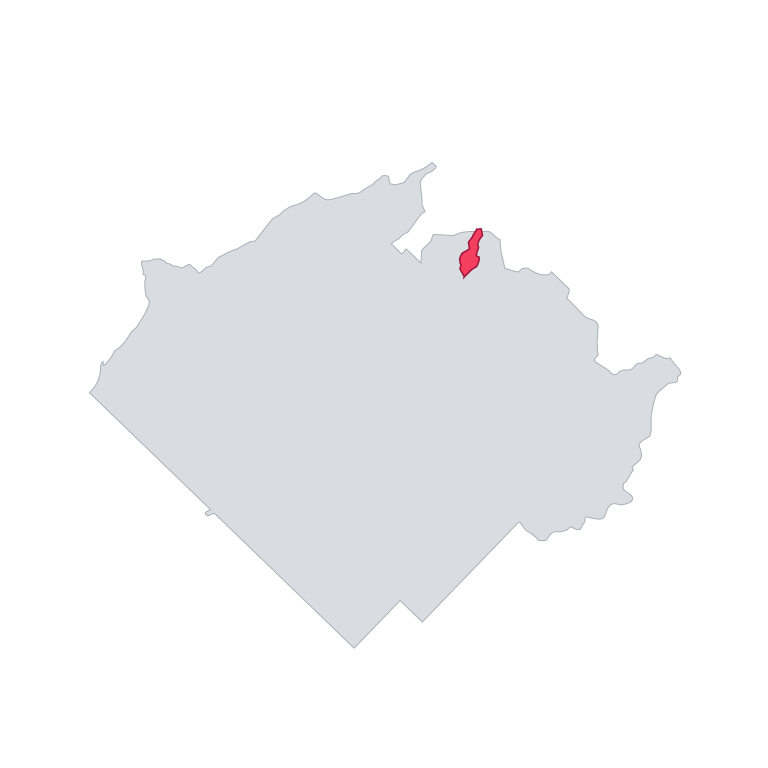 location of Ghadeer, South Kordufan, Sudan, rotated 224°
{"feature_id": "16777658B14153516268915", "entity_name": "Ghadeer", "entity_type": "district", "adm_level": 2, "iso_a3": "SDN", "parent_name": "Sudan", "parent_adm1": "South Kordufan", "projection": "mercator", "projection_center": [31.133, 10.64], "detail": "fine", "context": "in_parent", "style": "filled", "palette": "rose", "viewbox_px": 768, "rotation_deg": 224, "n_neighbors": 0, "source": "geoboundaries", "source_scale": "gbopen_adm2", "svg_char_len": 6041}
<svg xmlns="http://www.w3.org/2000/svg" viewBox="0 0 768 768"><g transform="rotate(224 384 384)"><path d="M503.4,576.8L497.6,576.8L497.0,575.4L497.1,571.6L497.7,568.8L499.8,564.2L499.3,561.8L499.6,558.2L498.1,554.2L484.2,542.6L481.5,539.4L474.1,536.5L475.4,533.2L472.3,509.3L473.8,506.6L474.3,502.4L474.2,498.7L476.0,492.6L476.2,490.0L461.4,489.8L461.3,492.5L461.9,495.4L461.9,496.6L441.4,496.7L449.6,506.1L449.9,510.1L449.5,515.3L449.6,518.5L450.1,520.7L452.3,524.9L452.1,525.6L451.6,526.6L437.1,539.1L434.6,544.8L432.7,547.9L428.5,553.0L415.2,566.2L413.0,567.1L402.9,567.6L401.9,567.9L401.1,568.5L400.6,568.3L392.0,560.6L377.4,551.2L367.7,556.1L365.1,557.9L365.0,562.4L363.6,564.7L361.0,567.2L353.8,568.8L350.1,570.1L345.7,572.6L341.4,576.9L341.1,579.1L341.5,581.0L316.9,581.0L315.3,579.4L311.7,572.4L309.2,572.8L286.8,572.0L283.6,572.7L277.2,575.6L274.0,576.1L270.6,574.8L258.8,561.0L256.3,559.3L253.6,556.0L251.1,554.6L250.2,553.5L250.0,552.1L250.0,549.0L249.2,547.1L247.3,546.7L231.5,549.9L229.2,549.5L225.9,550.1L224.7,550.7L223.4,552.5L223.2,556.3L222.7,558.2L221.5,560.3L217.0,564.9L216.0,567.0L216.2,572.1L215.9,574.7L215.2,575.9L213.3,577.9L212.6,579.1L211.8,585.6L209.3,589.6L208.7,591.0L208.6,593.9L208.2,594.8L201.0,597.1L198.3,598.5L196.7,600.8L196.3,601.7L193.2,600.9L189.3,600.3L181.8,599.6L178.8,598.6L177.4,597.0L177.9,593.0L177.1,592.2L175.9,591.5L175.1,589.7L175.3,587.7L179.2,583.1L180.1,580.6L181.1,569.0L180.8,565.5L177.7,559.0L170.5,547.7L168.7,545.5L159.7,536.3L158.7,534.9L156.5,531.0L158.9,522.4L159.0,520.0L158.4,517.6L156.1,515.7L154.1,515.5L151.5,513.2L149.7,512.2L148.2,510.2L147.1,507.3L147.9,497.2L147.3,495.9L145.0,495.5L144.5,494.7L144.6,492.8L143.3,487.0L142.0,482.2L142.7,479.6L140.8,476.0L137.1,474.4L129.9,475.6L127.7,475.4L126.1,474.8L125.0,473.4L124.5,471.9L125.0,469.5L127.0,465.2L129.6,461.6L134.8,458.4L136.2,456.7L136.9,454.8L137.1,452.6L136.7,450.2L136.1,448.1L134.6,445.3L133.2,442.0L133.2,439.8L133.9,438.2L135.2,436.3L140.4,432.5L145.7,429.4L146.5,428.3L146.2,426.9L143.8,424.4L143.0,419.3L141.7,415.8L144.4,413.2L146.3,412.3L149.4,411.5L150.6,410.4L151.0,408.2L150.9,406.2L152.0,404.7L153.5,401.5L154.7,400.1L158.7,396.3L159.6,393.8L159.9,391.5L158.8,384.4L161.1,381.4L164.1,378.9L168.3,379.1L175.0,378.6L179.5,377.5L182.7,377.6L190.1,378.9L190.8,378.3L191.2,376.4L191.1,239.4L221.6,239.4L222.0,239.2L222.0,173.2L414.7,173.2L416.3,173.0L419.3,166.7L420.6,166.3L422.6,166.6L423.2,168.1L421.6,173.2L589.8,173.1L590.1,180.7L591.5,186.8L596.3,195.5L600.3,200.1L601.7,202.7L601.9,203.9L601.7,205.0L600.5,203.7L598.4,202.8L598.1,206.9L599.1,215.1L600.8,220.9L599.6,226.3L599.7,235.3L601.9,246.1L601.4,253.0L604.9,269.1L608.3,278.0L610.2,280.2L612.3,281.3L616.3,282.1L622.3,286.6L627.0,291.4L628.6,293.9L630.9,296.6L632.5,296.1L633.4,295.4L635.0,297.6L642.4,302.3L643.5,304.5L640.8,306.7L637.7,310.4L636.2,313.9L635.4,315.0L632.9,317.2L632.5,318.2L631.4,318.9L630.3,318.9L627.7,320.1L625.4,319.7L623.1,320.4L622.3,321.2L620.4,321.9L617.9,322.3L614.1,325.2L610.7,326.6L609.5,327.8L607.8,333.6L606.5,335.1L601.4,335.3L599.0,335.8L595.6,335.1L594.0,335.2L593.6,336.5L593.0,341.4L593.1,343.6L590.3,349.3L591.1,359.8L588.4,367.8L588.0,369.6L585.2,375.8L583.8,378.2L580.3,389.9L579.0,393.5L576.0,397.2L579.0,425.2L576.5,433.8L576.6,438.4L574.9,445.3L573.5,448.5L571.3,452.3L569.4,456.6L567.8,462.3L566.7,472.9L566.1,473.9L557.3,475.2L554.5,476.0L552.6,477.2L550.3,479.9L545.8,487.4L543.4,492.0L539.7,498.3L535.4,502.7L534.5,504.8L533.7,508.9L532.1,515.2L530.7,519.7L530.9,523.4L529.6,529.6L529.8,532.7L528.3,534.4L526.2,536.0L524.8,536.4L518.7,532.2L514.3,535.1L511.6,539.2L509.5,543.3L510.7,552.0L510.6,553.9L510.0,556.0L505.9,564.5L504.7,568.4L503.4,575.2L503.4,576.8Z" fill="#d9dde1" stroke="#a8b0b8" stroke-width="1"/><path d="M400.6,516.4L400.6,520.4L400.5,520.7L400.5,521.5L400.5,526.3L400.3,526.5L400.3,527.0L400.2,528.1L400.1,528.5L400.0,529.1L399.8,529.5L399.7,530.1L399.6,530.8L399.4,531.2L399.2,531.6L399.2,532.3L399.0,532.6L399.0,532.9L399.0,533.0L399.2,533.5L399.4,534.2L399.5,534.6L399.6,535.0L399.9,535.7L400.1,535.9L400.3,536.4L400.5,537.0L400.8,537.6L401.3,538.8L401.8,539.4L402.3,539.9L402.7,540.3L402.8,540.5L403.1,540.9L403.3,541.1L403.5,541.2L403.7,541.3L403.9,541.3L404.0,541.3L404.2,541.2L404.8,541.0L405.1,540.8L405.4,540.6L405.7,540.5L406.1,540.5L406.4,540.5L406.8,540.6L407.1,540.8L407.3,541.2L407.8,541.9L408.3,542.9L408.8,543.5L409.1,544.0L409.1,544.4L409.6,545.4L409.8,546.0L410.0,546.6L410.6,547.4L411.1,548.2L411.4,548.5L411.8,548.7L412.2,548.7L412.6,548.8L412.9,548.9L413.3,549.2L413.7,549.8L414.3,550.9L415.1,552.5L415.2,552.9L415.3,553.3L415.5,553.6L415.6,554.2L415.9,554.7L415.8,555.3L416.0,555.8L416.0,556.9L416.2,557.2L416.2,558.4L416.4,558.7L416.3,559.2L416.5,559.5L416.9,559.8L417.4,560.0L417.7,560.4L418.0,560.5L418.3,560.7L420.8,562.4L421.9,563.1L422.0,563.1L422.3,562.6L423.0,561.8L423.9,560.7L424.0,560.6L424.3,560.2L424.7,559.9L424.9,559.8L424.6,559.1L424.4,558.5L424.5,558.2L424.1,557.9L424.1,556.5L424.0,555.8L423.8,554.9L423.6,554.4L423.5,553.8L423.3,553.2L423.2,552.4L423.0,551.9L422.7,551.5L422.7,551.3L422.5,550.9L422.5,550.7L422.5,550.3L422.5,550.1L422.4,550.0L422.4,549.4L422.3,548.4L422.1,548.0L422.0,546.9L422.0,545.9L421.8,545.0L421.5,544.5L421.2,544.1L420.7,543.8L420.1,543.4L419.3,542.8L418.7,542.3L418.1,541.9L417.7,541.6L417.3,541.5L416.9,541.2L416.7,540.8L416.6,540.4L416.4,540.0L416.8,539.3L416.8,538.5L417.2,537.3L417.2,537.2L417.3,537.0L417.5,536.3L417.6,536.1L417.6,535.9L417.7,535.7L417.8,535.3L417.8,535.2L418.2,534.1L418.4,533.2L418.4,532.4L418.6,532.1L418.6,531.5L418.3,530.9L417.5,528.8L417.2,528.0L416.6,527.0L416.4,526.3L415.7,525.9L415.2,525.5L414.5,525.1L414.1,524.5L413.6,524.0L413.3,523.8L412.7,523.8L412.2,523.6L411.4,523.0L410.9,522.7L410.6,522.3L410.4,521.5L410.1,520.7L409.9,520.3L409.6,519.8L409.2,519.6L408.8,519.4L408.2,519.2L407.3,518.9L406.4,518.6L405.6,518.5L404.6,518.1L403.7,517.9L403.0,517.6L402.3,517.4L401.8,517.3L401.1,517.1L400.8,516.7L400.6,516.4Z" fill="#f43f5e" stroke="#9f1239" stroke-width="1.5"/></g></svg>